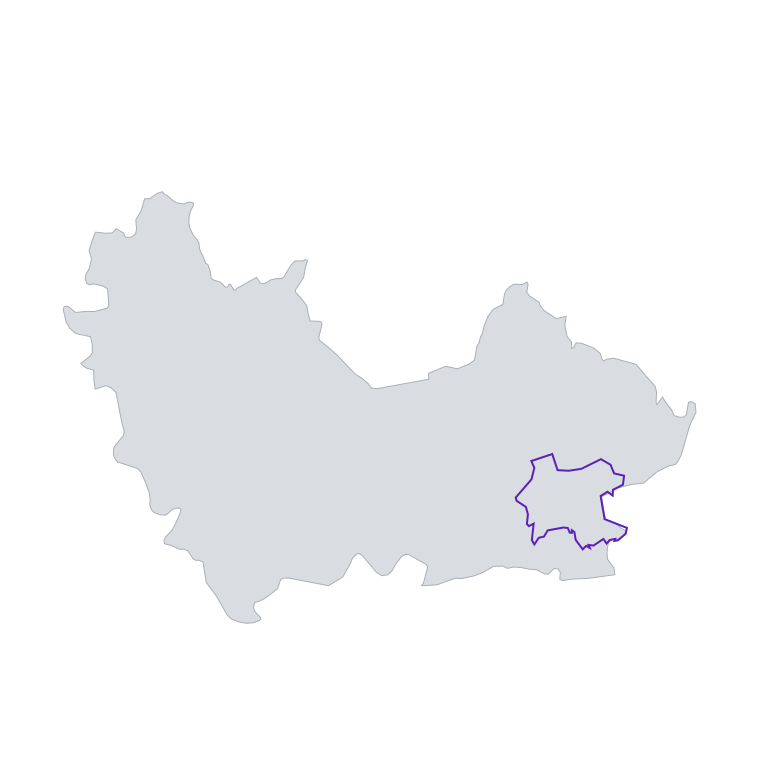 location of Gaoual within Guinea, rotated 170°
{"feature_id": "GIN-5639", "entity_name": "Gaoual", "entity_type": "Prefecture", "adm_level": 1, "iso_a3": "GIN", "parent_name": "Guinea", "parent_adm1": "", "projection": "mercator", "projection_center": [-13.344, 11.72], "detail": "coarse", "context": "in_parent", "style": "outline", "palette": "violet", "viewbox_px": 768, "rotation_deg": 170, "n_neighbors": 0, "source": "natural_earth", "source_scale": "10m", "svg_char_len": 4420}
<svg xmlns="http://www.w3.org/2000/svg" viewBox="0 0 768 768"><g transform="rotate(170 384 384)"><path d="M473.0,506.5L466.7,505.7L463.9,506.9L455.5,516.8L450.5,520.6L442.7,519.4L439.8,520.1L437.8,519.0L440.6,513.6L444.7,502.8L455.0,492.0L455.2,489.7L451.0,483.4L446.5,474.7L446.5,465.5L445.7,458.8L436.6,456.9L434.9,455.8L434.7,453.5L439.8,442.0L440.2,439.6L439.5,437.5L434.0,431.6L425.2,420.7L410.2,398.2L404.6,393.4L399.2,386.6L397.2,382.2L391.6,380.6L339.2,380.9L338.2,386.8L320.2,390.8L309.1,386.2L296.7,388.9L290.7,391.9L286.0,405.0L283.4,407.8L280.7,413.7L278.3,416.9L275.6,423.4L269.8,432.6L263.6,438.5L253.1,441.8L249.8,451.5L247.4,455.1L243.3,457.9L239.0,459.8L230.4,457.9L225.6,459.6L224.8,457.2L227.5,449.5L225.4,445.5L217.1,437.5L216.3,433.7L213.8,428.7L203.0,418.4L192.8,419.1L195.7,410.5L195.5,399.0L192.1,392.8L193.0,386.4L191.1,386.8L187.7,391.2L182.3,389.8L171.2,383.0L165.7,376.4L165.0,370.7L163.8,368.6L160.4,369.7L153.5,369.6L132.4,359.6L117.4,334.4L117.0,328.7L119.2,318.9L118.7,316.3L111.8,322.8L110.5,318.4L105.2,308.3L103.7,302.5L98.6,299.9L94.6,299.4L91.4,301.4L87.3,313.2L84.2,313.1L81.0,310.6L81.7,301.8L89.8,290.7L103.4,262.8L108.3,256.3L111.3,254.1L117.7,253.9L130.3,250.1L145.6,241.4L157.4,242.1L171.3,241.0L189.4,235.0L189.6,216.2L189.0,212.0L182.6,208.3L178.8,205.0L175.6,200.8L171.7,197.9L171.8,194.7L179.8,190.7L187.2,190.8L189.7,189.2L191.5,186.5L193.6,179.8L194.3,172.6L189.5,163.0L189.7,156.1L216.3,157.1L230.9,159.0L242.9,159.5L244.8,161.1L243.1,167.7L244.6,171.6L248.7,172.7L255.4,168.1L258.9,169.1L266.3,174.8L273.3,176.4L280.9,179.5L288.0,181.2L294.3,181.0L299.1,184.2L308.0,185.3L319.4,181.2L328.4,179.4L341.1,178.9L347.7,180.3L366.9,177.0L382.1,178.8L379.7,181.1L372.8,196.1L373.6,198.8L389.0,211.5L392.7,212.5L396.9,210.8L403.5,204.9L408.7,198.5L413.7,195.4L419.6,195.6L424.3,200.1L435.2,219.0L438.0,221.4L440.6,221.3L445.4,217.8L447.9,213.7L458.0,201.2L473.7,195.0L511.1,209.3L516.5,210.3L519.8,209.3L524.4,200.8L538.5,193.6L545.2,191.6L549.1,191.4L550.6,189.1L551.3,185.6L550.5,182.1L546.2,175.6L546.0,173.8L548.5,172.5L553.9,171.6L560.8,172.2L568.6,175.0L575.0,179.0L578.6,183.8L585.6,203.7L593.5,219.4L593.2,240.3L596.6,242.4L600.5,243.3L602.3,244.9L606.1,253.6L609.7,256.1L614.0,256.7L622.0,262.2L627.2,264.4L628.0,266.0L627.8,268.3L625.8,271.2L618.0,277.0L614.1,281.9L606.2,293.7L605.9,295.9L607.6,297.5L610.9,297.8L614.4,297.0L621.7,292.7L627.5,294.2L633.0,297.5L635.0,300.9L635.6,305.4L634.3,311.2L634.1,317.7L636.0,328.7L638.8,339.8L641.7,343.8L660.1,353.5L661.9,357.1L662.8,361.2L661.5,366.8L659.6,369.9L649.5,378.5L648.0,382.6L648.8,390.2L649.5,422.4L653.5,427.8L658.2,430.6L669.3,429.1L669.0,438.0L667.5,448.0L673.9,451.1L677.2,454.1L679.0,457.0L668.8,462.3L665.8,465.4L664.4,473.7L664.8,481.5L678.5,487.0L683.8,493.4L686.2,500.1L687.0,512.8L685.7,515.6L682.2,515.7L675.2,508.0L664.6,507.2L656.7,505.7L643.5,506.7L641.3,509.0L639.7,525.8L642.9,528.6L649.2,531.8L653.3,533.1L656.7,532.7L659.4,534.8L659.9,540.3L658.1,544.4L654.7,548.1L650.3,557.8L651.3,566.7L643.8,580.8L641.7,583.6L631.8,580.8L625.4,579.9L620.8,583.5L614.3,577.9L613.2,573.6L610.8,572.7L606.5,572.7L602.5,575.1L600.8,579.6L599.9,588.7L592.7,597.3L587.6,608.0L581.7,607.0L580.5,608.3L574.2,611.1L568.9,611.9L567.4,609.0L564.3,606.7L560.8,602.1L556.9,598.5L549.3,595.9L546.3,597.0L542.8,596.7L540.4,595.3L540.7,593.1L544.7,587.5L547.0,582.4L548.2,576.7L548.2,571.4L546.1,563.9L542.7,557.9L541.8,554.4L542.2,549.5L541.4,544.9L540.3,542.5L538.7,533.8L536.7,532.2L535.6,525.2L535.9,518.1L533.0,515.4L528.4,513.4L525.7,510.6L524.0,507.5L522.3,506.6L520.9,506.8L519.6,508.7L518.1,509.1L515.4,502.4L514.2,502.2L512.4,503.7L491.0,511.1L488.3,504.8L484.2,503.7L477.2,506.2L473.0,506.5Z" fill="#d9dde1" stroke="#a8b0b8" stroke-width="1"/><path d="M183.2,191.3L188.8,191.2L192.5,188.2L194.8,193.3L205.8,188.5L210.5,190.0L209.8,186.8L213.1,189.5L217.0,186.7L222.3,197.2L222.2,205.2L224.4,207.4L224.8,204.8L226.9,205.4L228.0,210.3L232.3,211.5L248.2,211.4L253.0,205.9L258.3,205.7L263.8,199.9L265.5,204.5L260.9,220.5L266.0,218.9L267.6,221.3L264.9,230.6L265.6,238.3L273.7,245.9L274.0,249.3L255.4,264.4L250.5,275.3L252.3,282.6L230.5,285.8L228.0,269.0L217.2,266.5L204.4,266.2L183.4,272.3L174.9,265.1L172.9,256.0L163.5,252.0L166.2,243.3L176.8,240.1L178.2,234.4L182.6,239.1L190.1,236.1L190.2,212.6L169.7,200.1L172.1,194.5L180.6,189.5L184.3,189.4L183.2,191.3Z" fill="none" stroke="#5b21b6" stroke-width="2"/></g></svg>